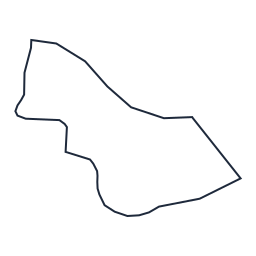 Alger, Albers equal-area conic projection
{"feature_id": "DZA-2195", "entity_name": "Alger", "entity_type": "Province", "adm_level": 1, "iso_a3": "DZA", "parent_name": "Algeria", "parent_adm1": "", "projection": "albers", "projection_center": [3.057, 36.732], "detail": "fine", "context": "isolated", "style": "outline", "palette": "slate", "viewbox_px": 256, "rotation_deg": 0, "n_neighbors": 0, "source": "natural_earth", "source_scale": "10m", "svg_char_len": 528}
<svg xmlns="http://www.w3.org/2000/svg" viewBox="0 0 256 256"><path d="M31.3,40.0L56.3,43.5L85.1,61.3L107.4,86.5L131.1,107.3L163.9,118.2L192.2,117.1L192.9,118.2L240.6,178.4L199.7,198.7L159.0,206.6L149.0,212.4L139.1,215.3L127.4,216.0L114.7,211.7L104.6,205.2L99.4,194.5L97.6,188.6L97.3,181.9L97.5,175.8L97.1,171.1L93.3,163.7L90.0,159.5L65.6,151.9L66.9,127.1L64.7,124.0L59.4,120.1L25.7,118.7L17.5,115.6L15.4,111.2L17.5,105.4L21.1,100.1L24.1,94.6L24.5,72.7L31.0,47.8L31.3,40.0Z" fill="none" stroke="#1e293b" stroke-width="2"/></svg>